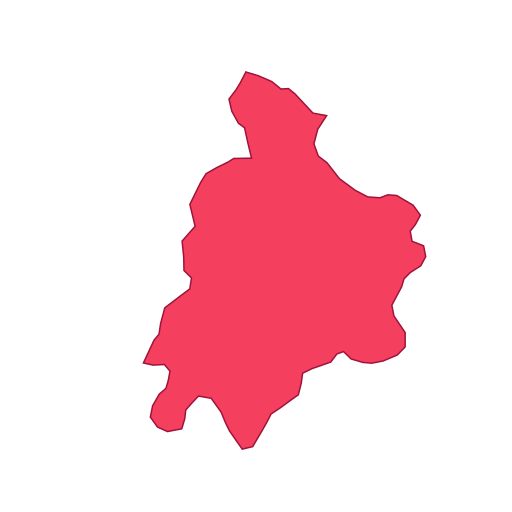 the district of Galateia, Cyprus, rotated 334°
{"feature_id": "46923920B49628554196420", "entity_name": "Galateia", "entity_type": "district", "adm_level": 2, "iso_a3": "CYP", "parent_name": "Cyprus", "parent_adm1": "", "projection": "equal_earth", "projection_center": [34.075, 35.428], "detail": "fine", "context": "isolated", "style": "filled", "palette": "rose", "viewbox_px": 512, "rotation_deg": 334, "n_neighbors": 0, "source": "geoboundaries", "source_scale": "gbopen_adm2", "svg_char_len": 1433}
<svg xmlns="http://www.w3.org/2000/svg" viewBox="0 0 512 512"><g transform="rotate(334 256 256)"><path d="M90.4,354.5L92.5,366.6L99.5,375.0L113.5,378.8L120.5,371.2L125.4,363.6L134.5,359.8L142.9,356.7L153.4,364.3L156.2,381.0L155.5,392.4L155.5,401.5L157.6,415.2L159.0,423.6L165.5,425.0L169.5,425.9L178.6,419.8L185.6,415.2L193.3,409.9L200.3,404.6L211.5,403.1L224.1,400.8L233.2,399.3L240.9,390.2L246.5,381.8L257.1,381.8L276.7,384.1L285.8,379.5L292.8,380.3L296.3,390.2L305.4,398.5L313.1,403.1L324.3,406.1L339.7,406.9L350.2,403.1L356.5,390.2L355.1,380.3L353.7,370.4L356.5,359.8L364.9,353.7L373.3,347.6L378.9,341.5L387.3,338.5L399.9,337.0L408.3,330.9L411.1,320.3L402.7,311.2L405.5,301.3L413.2,297.5L421.6,291.4L419.5,279.3L409.0,263.3L401.3,258.8L392.9,258.0L382.4,251.9L374.0,240.5L364.9,223.1L360.7,203.3L355.8,193.5L357.2,180.6L367.0,169.2L381.0,160.8L369.8,152.5L366.3,141.1L362.1,127.4L358.6,119.8L351.6,116.8L346.7,106.2L336.9,94.8L327.5,86.1L327.1,86.5L318.0,93.3L311.0,97.8L300.5,103.1L297.7,115.3L298.4,129.0L301.9,135.8L298.4,150.2L294.9,166.1L278.8,158.6L271.8,159.3L259.9,159.3L247.3,160.1L238.8,165.4L229.0,173.0L219.2,180.6L214.3,202.6L196.1,210.2L190.5,225.4L184.9,237.5L188.4,247.4L182.1,256.5L170.2,258.8L151.3,262.6L140.8,274.7L134.5,283.8L127.5,286.9L107.9,302.8L115.6,308.9L126.1,313.4L128.2,321.8L122.6,329.4L117.0,335.5L108.6,337.7L97.4,345.3L90.4,354.5Z" fill="#f43f5e" stroke="#9f1239" stroke-width="1.5"/></g></svg>